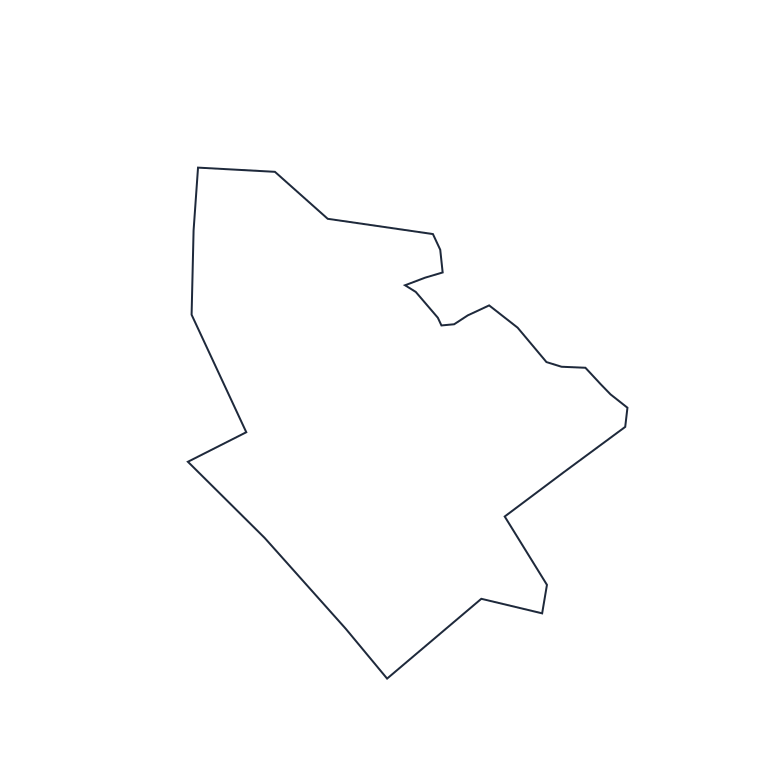 SVG path tracing the border of Yuen Long, rotated 65°
{"feature_id": "HKG-5167", "entity_name": "Yuen Long", "entity_type": "state/province", "adm_level": 1, "iso_a3": "HKG", "parent_name": "Hong Kong S.A.R.", "parent_adm1": "", "projection": "orthographic", "projection_center": [114.043, 22.453], "detail": "fine", "context": "isolated", "style": "outline", "palette": "slate", "viewbox_px": 768, "rotation_deg": 65, "n_neighbors": 0, "source": "natural_earth", "source_scale": "10m", "svg_char_len": 585}
<svg xmlns="http://www.w3.org/2000/svg" viewBox="0 0 768 768"><g transform="rotate(65 384 384)"><path d="M109.3,461.1L145.6,393.2L210.5,365.2L268.8,276.3L286.1,276.3L307.7,283.7L305.0,301.8L303.4,323.2L314.0,316.3L346.7,307.2L355.2,307.2L359.5,295.2L357.2,279.0L357.2,255.5L389.4,239.1L432.8,227.5L443.4,215.8L454.4,194.6L475.8,187.7L489.1,183.1L508.4,173.4L524.8,183.5L539.9,258.2L555.1,330.6L634.9,321.2L658.7,337.6L619.8,386.6L652.3,505.7L589.7,522.1L473.1,557.2L371.6,594.6L369.5,529.2L239.9,529.1L164.4,491.7L109.3,461.1Z" fill="none" stroke="#1e293b" stroke-width="2"/></g></svg>